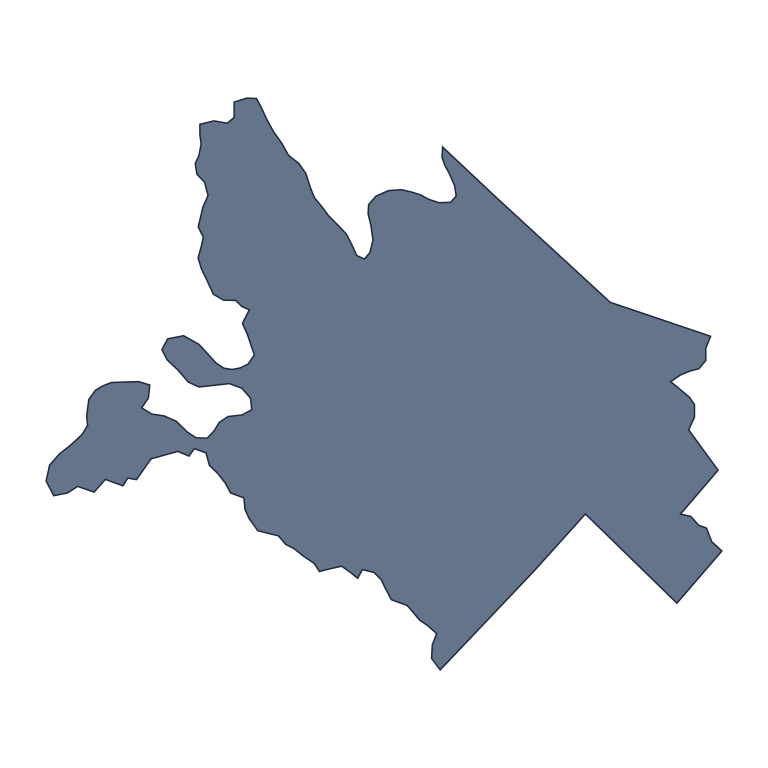 Coronel Freitas, Santa Catarina, Brazil (Albers equal-area conic projection)
{"feature_id": "56859067B46067281388055", "entity_name": "Coronel Freitas", "entity_type": "district", "adm_level": 2, "iso_a3": "BRA", "parent_name": "Brazil", "parent_adm1": "Santa Catarina", "projection": "albers", "projection_center": [-52.766, -26.88], "detail": "fine", "context": "isolated", "style": "filled", "palette": "slate", "viewbox_px": 768, "rotation_deg": 0, "n_neighbors": 0, "source": "geoboundaries", "source_scale": "gbopen_adm2", "svg_char_len": 2311}
<svg xmlns="http://www.w3.org/2000/svg" viewBox="0 0 768 768"><path d="M86.6,416.2L87.6,425.2L82.4,434.1L76.4,439.8L70.0,445.6L59.5,453.9L49.6,465.1L46.1,481.1L53.8,495.7L67.3,493.0L77.7,486.4L94.1,492.1L105.4,479.4L123.0,485.8L127.7,478.1L136.5,479.6L151.1,458.8L177.9,451.4L189.0,456.1L194.3,448.6L206.0,452.9L209.4,465.4L218.0,473.7L225.4,483.3L230.6,493.0L243.9,497.9L245.0,509.6L249.2,518.6L257.8,530.7L268.4,533.4L278.3,535.8L285.9,544.5L294.1,548.7L303.7,556.4L314.2,563.4L319.5,571.5L328.3,569.2L341.6,566.2L350.7,572.6L357.6,578.3L362.5,569.6L374.1,572.5L381.3,579.8L385.4,588.5L391.4,599.7L407.2,605.5L414.3,613.8L419.9,620.4L427.3,625.3L436.7,633.7L432.3,644.8L431.6,658.4L440.2,669.9L533.9,571.2L585.4,514.0L676.9,603.2L721.9,551.0L711.7,541.7L706.5,528.1L698.7,525.3L690.8,516.4L680.5,514.1L718.1,470.2L688.7,429.9L694.5,417.1L694.5,404.6L689.6,397.4L681.5,390.6L670.7,381.7L680.2,375.1L689.6,371.2L698.9,368.7L705.8,360.4L705.8,348.3L710.6,336.3L610.2,302.3L494.8,196.1L442.6,147.0L442.1,157.6L445.1,165.9L449.3,173.6L454.6,185.7L456.2,195.9L450.7,202.3L439.0,202.7L428.6,199.3L420.8,195.0L411.9,192.1L401.5,189.7L388.5,190.6L376.0,196.1L368.6,204.6L368.1,213.8L370.8,225.0L373.0,240.1L369.9,252.6L364.5,259.0L356.8,255.6L352.6,246.3L346.5,234.2L337.4,224.6L328.7,215.9L321.9,206.7L314.5,197.8L310.6,188.2L305.9,173.6L298.8,163.4L288.5,155.3L282.0,143.6L273.7,131.9L267.0,119.8L261.7,108.3L256.5,98.5L246.9,98.1L234.1,102.1L234.1,117.5L227.2,123.2L214.0,120.9L199.9,124.3L199.9,134.5L201.1,144.0L199.0,155.3L195.2,163.6L196.9,174.2L204.6,182.3L208.0,195.5L202.9,207.1L200.4,217.8L198.2,226.9L203.3,237.1L201.3,246.3L198.1,258.0L201.3,268.6L207.2,280.9L213.4,294.3L223.4,300.1L235.8,300.5L241.9,306.6L249.3,309.8L242.4,323.4L247.5,334.7L251.3,346.2L254.4,354.9L248.0,364.2L240.2,367.9L232.0,369.5L223.7,368.1L216.0,363.0L206.5,352.5L198.9,344.3L183.6,335.7L167.6,338.9L161.9,349.6L167.1,359.8L177.9,370.0L188.3,382.1L199.1,387.0L212.4,385.5L221.0,384.6L229.3,383.6L241.9,388.3L250.5,398.2L251.8,409.7L241.9,415.0L228.1,416.5L219.3,422.3L214.3,430.6L207.2,438.2L196.1,437.8L187.3,432.0L176.2,421.2L164.1,415.9L151.5,414.0L141.7,407.8L148.4,398.0L149.8,385.0L138.6,381.6L123.3,382.1L111.4,382.5L102.8,385.9L95.4,390.3L88.8,399.5L86.6,416.2Z" fill="#64748b" stroke="#1e293b" stroke-width="1.5"/></svg>